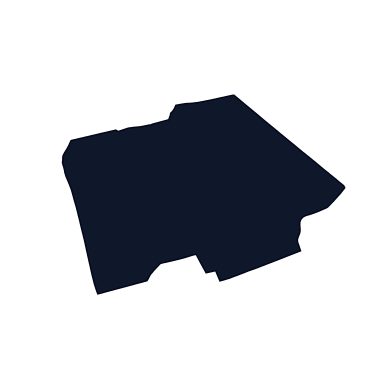 Azcapotzalco, México, Mexico (Mercator projection), rotated 329°
{"feature_id": "50627088B15179175127697", "entity_name": "Azcapotzalco", "entity_type": "district", "adm_level": 2, "iso_a3": "MEX", "parent_name": "Mexico", "parent_adm1": "México", "projection": "mercator", "projection_center": [-99.184, 19.486], "detail": "fine", "context": "isolated", "style": "filled", "palette": "ink", "viewbox_px": 384, "rotation_deg": 329, "n_neighbors": 0, "source": "geoboundaries", "source_scale": "gbopen_adm2", "svg_char_len": 4589}
<svg xmlns="http://www.w3.org/2000/svg" viewBox="0 0 384 384"><g transform="rotate(329 192 192)"><path d="M277.0,130.2L270.0,127.8L268.3,127.3L266.7,126.7L265.0,126.1L263.5,125.6L261.9,125.1L260.3,124.6L258.7,124.0L257.5,123.6L257.2,123.5L255.6,123.0L254.0,122.4L252.3,121.8L250.5,121.1L249.0,120.6L247.4,120.0L245.8,119.4L243.2,118.5L242.4,118.1L242.2,118.0L237.7,116.0L237.4,115.8L236.3,115.3L236.2,115.2L234.8,114.5L233.4,113.7L231.8,112.9L230.3,112.3L228.8,111.7L227.8,111.3L224.4,110.0L222.9,109.4L221.1,110.6L220.7,110.9L220.6,111.0L219.5,111.7L216.6,113.0L215.6,113.3L214.9,113.4L214.4,113.5L212.7,115.4L212.5,115.5L210.6,117.0L210.3,117.3L209.2,118.1L208.1,117.8L208.0,117.7L207.7,117.7L192.6,113.4L191.3,113.5L191.2,113.4L190.7,113.1L189.9,112.6L188.6,112.2L187.2,111.7L186.0,111.3L184.6,110.8L183.4,110.3L181.6,109.7L181.3,109.6L180.7,109.3L178.1,108.0L176.7,107.4L175.3,106.6L175.2,106.6L173.9,106.1L170.3,104.5L169.9,104.4L168.6,104.1L162.7,102.8L159.9,102.2L158.5,99.7L158.0,99.6L151.3,97.4L151.2,97.4L142.4,94.5L142.0,94.4L141.3,94.2L135.5,92.3L134.9,92.1L134.1,91.9L133.7,91.7L132.9,91.5L130.9,90.9L130.5,90.7L130.3,90.7L130.2,90.6L129.8,90.5L128.1,89.9L127.5,89.8L125.0,89.0L124.4,88.7L122.0,88.0L121.5,87.8L120.8,87.6L118.8,87.0L117.5,86.5L116.0,86.1L114.9,85.7L113.9,86.3L113.3,86.7L113.0,86.9L112.0,87.6L111.0,88.4L110.6,88.6L109.8,89.1L108.3,90.0L106.9,90.8L106.5,91.0L103.2,92.7L101.7,93.6L100.2,94.6L99.9,95.0L99.4,95.4L99.2,95.6L99.0,96.0L98.8,96.4L98.7,96.5L98.4,97.1L98.0,97.7L97.8,98.0L97.4,98.5L96.9,99.1L96.7,99.3L96.5,99.7L96.1,100.2L95.9,101.1L95.6,101.9L95.4,102.4L95.1,104.1L94.5,105.9L94.4,106.5L94.0,107.6L93.1,109.9L92.7,111.4L92.5,112.2L92.0,114.4L91.8,116.2L90.9,122.4L90.0,127.4L89.9,127.8L89.1,130.9L88.8,131.9L88.2,134.1L86.9,138.6L84.9,146.3L84.7,146.8L84.1,148.8L83.6,150.5L83.4,151.1L82.6,153.5L81.8,156.3L81.0,158.9L80.2,161.3L79.7,163.0L78.9,165.4L78.3,167.4L78.1,168.1L77.2,170.9L77.2,171.1L76.2,174.2L75.6,176.1L75.3,177.2L74.7,178.9L74.4,179.8L73.3,183.1L72.3,186.1L72.2,186.2L71.7,187.7L71.1,189.6L69.2,195.2L68.9,196.3L68.2,198.2L67.6,200.0L67.3,201.0L66.6,203.2L65.5,206.4L64.4,209.7L63.7,211.8L63.3,213.1L62.4,216.1L61.4,219.4L61.3,219.6L60.9,221.2L60.1,224.5L59.4,227.8L58.8,230.8L60.7,231.4L62.0,231.8L64.2,232.4L66.5,233.0L68.8,233.7L71.1,234.3L73.2,235.0L75.6,235.6L76.7,235.9L77.8,236.3L79.1,236.6L80.0,236.9L81.4,237.3L82.3,237.6L83.5,237.9L84.5,238.2L85.5,238.5L87.7,239.1L89.7,239.7L91.9,240.3L93.9,240.9L94.0,240.9L96.6,241.6L97.9,242.0L99.3,242.4L100.3,242.7L102.3,243.3L103.6,243.7L104.3,243.8L107.5,244.8L108.7,244.3L112.8,241.8L113.9,241.2L116.0,240.5L119.1,239.4L122.9,238.3L125.9,237.5L127.4,237.0L128.5,237.1L130.5,237.6L131.6,238.0L133.9,238.8L136.4,239.6L137.8,240.1L139.5,240.6L140.8,241.0L142.2,241.5L144.0,242.0L145.8,242.6L147.4,243.1L149.2,243.6L150.9,244.1L153.6,244.8L160.2,246.4L161.7,246.9L163.5,247.5L163.0,256.6L162.7,263.9L162.7,264.7L162.5,268.5L164.9,269.3L167.9,270.3L171.8,271.6L171.7,272.1L171.0,276.9L170.2,282.6L174.3,283.7L180.7,285.3L181.1,285.3L185.1,286.0L188.5,286.7L192.2,287.3L195.4,287.9L199.4,288.5L203.3,289.3L206.0,289.9L207.8,290.2L209.7,290.6L213.6,291.2L216.1,291.7L217.5,291.9L220.4,292.4L229.5,294.0L239.0,295.6L242.0,296.1L248.3,297.2L250.1,297.5L253.1,298.0L254.7,298.3L255.2,296.0L255.6,294.2L256.1,292.0L256.6,289.4L256.9,288.8L257.4,287.8L257.7,287.2L258.2,286.7L258.6,286.2L259.5,285.5L260.2,284.9L261.9,283.6L263.1,282.6L263.8,281.9L264.4,281.1L265.0,280.3L265.9,278.6L266.5,277.4L267.2,276.0L268.3,274.3L268.9,273.3L269.3,273.0L269.8,272.5L270.5,272.0L271.3,271.5L272.0,271.2L273.4,270.8L274.4,270.6L275.7,270.6L276.6,270.7L277.4,270.8L279.3,271.2L280.8,271.7L282.1,272.0L284.5,272.5L286.0,272.8L289.2,273.4L289.7,273.5L290.5,273.6L291.7,273.8L293.5,274.0L295.8,274.3L298.7,274.7L299.6,274.7L300.5,274.7L301.4,274.5L305.9,273.3L307.3,272.9L308.2,272.7L309.3,272.4L310.7,271.9L312.4,271.4L313.1,271.2L314.1,270.9L315.9,270.3L317.8,269.8L325.0,267.1L325.2,265.7L325.2,264.8L325.1,264.5L324.8,263.5L323.1,259.0L321.7,254.7L321.5,254.3L320.7,252.0L320.4,251.1L319.7,249.3L319.1,247.7L318.5,245.7L317.8,244.0L317.0,241.9L316.4,240.2L315.6,237.9L314.9,235.9L313.6,232.2L312.9,230.0L312.2,228.2L311.6,226.5L311.0,224.7L310.8,224.3L310.1,222.2L309.8,221.5L309.1,219.7L308.7,218.4L308.0,216.5L307.7,216.0L306.1,211.3L305.5,209.7L303.6,204.1L302.5,201.2L299.9,193.9L298.5,189.9L297.4,187.0L296.4,183.9L295.3,180.8L291.4,169.9L291.2,169.4L288.0,159.9L287.3,157.9L282.0,142.9L279.8,136.4L279.1,134.5L277.8,130.7L277.0,130.2Z" fill="#0f172a" stroke="#020617" stroke-width="1.5"/></g></svg>